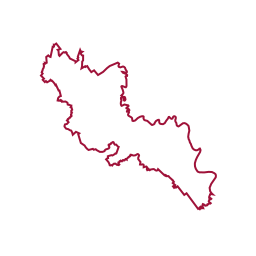 outline of Texistepec, Veracruz, Mexico, rotated 317°
{"feature_id": "50627088B36629639951607", "entity_name": "Texistepec", "entity_type": "district", "adm_level": 2, "iso_a3": "MEX", "parent_name": "Mexico", "parent_adm1": "Veracruz", "projection": "natural_earth1", "projection_center": [-94.8, 17.777], "detail": "fine", "context": "isolated", "style": "outline", "palette": "rose", "viewbox_px": 256, "rotation_deg": 317, "n_neighbors": 0, "source": "geoboundaries", "source_scale": "gbopen_adm2", "svg_char_len": 5888}
<svg xmlns="http://www.w3.org/2000/svg" viewBox="0 0 256 256"><g transform="rotate(317 128 128)"><path d="M171.4,162.0L166.4,161.4L165.9,161.2L165.5,160.2L165.5,159.3L166.8,157.2L167.1,155.6L168.0,154.4L169.2,153.8L170.3,152.7L170.2,151.4L169.7,150.8L168.8,150.6L167.0,151.4L166.2,151.1L165.7,150.0L165.7,148.0L165.3,147.7L163.3,148.4L161.1,148.7L158.2,149.5L156.3,149.1L155.3,148.1L154.5,147.0L154.4,146.1L154.8,145.0L156.0,143.7L156.1,143.0L155.2,142.4L153.2,142.0L151.2,142.4L150.4,142.9L149.3,142.9L147.8,142.3L147.5,141.9L147.0,136.0L145.6,133.8L145.4,132.9L145.9,131.5L147.1,130.5L147.2,130.2L147.0,129.6L146.0,128.8L144.4,128.0L141.9,127.4L138.6,127.4L137.9,127.2L136.5,126.4L136.2,125.7L137.7,123.5L137.7,122.4L136.8,119.5L136.8,118.9L137.4,118.0L139.5,117.2L139.8,116.7L139.7,116.3L138.4,115.4L138.5,115.1L138.8,114.9L139.4,114.9L140.5,115.8L141.2,115.8L141.4,114.7L141.3,114.2L140.3,112.8L140.3,112.4L140.6,112.2L143.1,112.4L143.5,112.1L143.6,111.6L141.4,108.4L138.5,107.5L138.4,107.1L138.6,106.5L139.2,105.4L140.6,104.1L141.9,103.5L142.7,101.9L143.6,101.1L144.8,101.5L145.0,102.1L145.0,102.9L144.1,104.5L143.9,105.2L144.2,105.7L144.9,105.7L145.6,105.4L146.5,104.0L146.7,103.0L145.3,101.4L145.5,100.5L145.3,99.7L147.6,99.6L148.5,99.3L149.0,98.7L150.3,96.2L151.0,94.0L151.5,93.1L152.0,93.1L152.5,93.5L153.8,96.3L154.2,96.7L155.0,96.6L155.8,96.0L159.9,91.5L161.3,88.7L162.4,88.6L162.9,89.2L163.5,88.7L163.4,87.0L162.0,84.1L162.1,83.0L162.4,83.3L163.8,85.7L164.9,86.4L165.4,86.3L165.8,85.7L166.1,83.7L166.9,81.9L166.8,80.6L166.3,79.6L163.7,78.4L163.0,77.0L163.3,76.1L165.4,74.9L165.1,73.2L156.9,70.2L153.5,69.9L148.1,70.0L142.2,68.8L142.5,62.7L139.3,62.1L139.6,58.8L140.4,54.9L138.5,54.3L138.7,53.6L134.7,52.7L136.5,51.5L139.8,48.2L141.3,47.9L144.6,44.4L143.9,43.5L144.2,40.8L146.6,41.1L145.7,39.7L146.2,38.3L139.8,41.7L139.6,42.7L138.3,42.8L138.1,44.5L134.5,44.2L135.2,43.5L132.9,37.5L133.4,36.0L133.7,32.6L134.0,31.3L134.4,31.2L134.4,30.1L133.1,29.6L132.7,28.7L131.7,28.4L127.1,28.6L127.2,27.5L129.9,24.0L129.9,22.9L132.5,24.1L133.1,17.3L130.7,17.0L130.5,16.6L129.5,17.8L129.0,17.5L129.0,17.9L128.8,17.9L128.1,17.4L119.8,23.2L119.3,22.3L119.2,20.5L116.6,20.3L113.1,24.8L112.3,24.5L111.9,23.9L111.7,24.6L111.4,24.6L110.1,23.6L109.5,24.2L108.8,25.5L107.9,25.9L107.5,26.4L105.7,26.9L104.4,27.9L103.7,27.9L103.4,28.3L102.8,28.5L102.7,30.0L100.1,30.3L100.2,34.6L98.5,34.6L98.5,37.7L100.0,37.7L100.0,39.4L102.9,40.1L104.1,39.9L104.1,41.1L104.6,41.2L104.7,42.7L104.6,45.1L104.1,47.2L104.8,47.2L102.8,53.3L103.4,53.8L100.7,58.8L99.5,58.3L97.9,58.3L97.1,58.6L95.3,59.9L95.9,60.7L96.4,60.4L97.0,61.9L97.9,61.7L98.2,62.8L97.6,63.7L100.4,66.1L100.9,67.9L100.9,68.4L99.9,69.7L100.3,70.5L100.8,70.9L101.1,71.4L101.1,71.9L101.8,72.9L101.4,73.1L101.3,73.5L100.2,73.8L100.6,74.6L99.6,76.6L98.5,76.6L98.0,76.9L97.7,77.8L97.2,78.0L97.3,78.6L96.8,78.7L96.2,79.1L95.6,79.1L95.1,79.7L95.2,80.3L94.7,80.8L93.9,80.6L92.9,80.9L92.7,80.5L91.1,80.6L90.1,80.4L89.8,80.5L89.8,81.0L88.5,80.9L88.5,83.2L86.1,83.4L84.3,82.4L82.8,83.3L82.5,83.8L82.3,86.3L83.5,88.1L84.0,90.0L84.7,91.2L84.1,93.2L83.0,95.3L87.3,95.3L88.7,98.7L87.3,98.7L83.3,106.8L84.3,111.2L83.9,113.4L83.9,115.7L84.2,117.2L88.1,119.3L88.1,120.5L89.9,121.5L90.0,122.8L91.1,126.2L93.1,128.1L95.0,128.9L95.8,128.5L97.0,128.5L99.9,129.8L101.0,129.6L101.8,128.3L101.9,127.6L102.2,127.3L102.6,127.8L103.2,127.2L104.2,127.8L105.0,127.6L105.1,127.9L107.0,127.8L107.5,128.1L107.7,128.7L107.1,130.2L107.0,131.2L108.0,132.0L108.0,135.2L108.2,135.5L102.2,138.6L101.9,138.6L101.4,138.0L100.7,138.1L97.9,137.5L97.4,136.6L94.3,135.0L94.0,134.9L92.9,136.4L92.6,136.1L90.6,136.0L90.5,139.4L89.9,141.6L89.3,142.5L89.4,143.2L90.6,143.8L90.9,144.7L92.1,144.4L93.6,144.6L93.9,145.2L94.6,145.6L94.7,147.2L95.9,148.8L96.2,148.8L96.0,148.2L96.8,148.4L96.9,147.1L97.6,146.6L98.5,147.1L99.3,146.6L99.8,147.0L100.4,146.9L100.8,148.2L102.4,148.0L102.7,148.3L102.7,148.7L103.2,148.8L103.4,149.3L105.0,149.1L105.3,149.8L105.5,149.3L106.2,149.8L107.6,149.6L108.4,149.9L108.8,149.6L109.6,149.9L110.1,149.7L110.3,149.9L110.8,149.6L111.0,150.0L111.6,150.0L111.9,149.6L112.4,150.2L112.9,151.4L113.5,152.1L114.8,153.0L117.1,153.5L117.6,154.2L117.6,155.1L117.3,155.7L115.2,156.7L114.3,157.7L113.9,161.4L111.9,162.9L112.7,163.8L113.9,164.5L114.3,165.3L114.2,165.8L112.7,167.4L115.1,168.6L115.2,169.0L115.1,169.8L113.6,171.0L113.3,172.0L114.1,172.4L115.0,171.3L115.2,171.6L115.0,173.3L115.1,173.7L116.2,173.8L118.5,175.3L119.0,176.0L119.3,177.7L119.7,178.5L120.8,179.1L121.9,178.6L122.4,187.4L122.8,187.4L122.9,188.4L123.5,188.3L123.6,189.3L123.4,189.6L124.8,190.8L124.7,192.4L125.1,196.7L124.9,196.7L124.8,198.7L123.2,198.8L123.6,201.8L121.1,201.4L120.9,203.2L122.6,203.4L122.5,204.3L124.5,204.5L123.5,215.3L126.3,215.7L124.1,234.9L124.8,235.0L125.1,236.4L125.8,236.3L125.7,236.0L126.4,235.0L127.4,235.1L127.2,236.5L126.9,236.4L126.8,236.7L127.3,237.2L128.0,237.2L128.4,237.9L128.8,237.2L128.5,236.3L128.9,235.7L130.3,235.5L130.5,234.8L130.9,234.7L131.4,235.8L131.3,237.0L131.8,237.8L132.2,237.7L133.1,238.5L133.7,238.5L134.2,238.0L135.0,238.5L135.9,238.5L136.6,239.4L137.2,239.4L137.2,239.0L136.8,237.7L136.9,237.0L137.1,236.6L138.3,236.2L138.8,235.7L139.9,236.6L140.6,236.6L140.5,235.5L139.7,234.7L140.0,234.1L140.9,233.4L141.9,233.1L142.7,232.5L143.5,232.4L143.7,233.0L144.7,234.3L144.6,233.0L144.9,230.4L146.9,227.4L150.8,225.6L158.5,223.9L159.6,223.0L160.2,222.2L160.5,221.4L160.3,219.9L159.4,217.5L157.1,215.1L153.5,212.5L150.0,209.1L149.2,207.4L149.4,206.0L149.8,204.0L150.8,201.8L152.2,200.1L153.0,199.3L155.9,197.6L158.8,196.4L164.4,194.7L166.0,193.6L166.6,192.1L166.2,191.8L165.0,191.9L163.2,191.3L162.3,190.4L161.6,188.9L161.4,187.1L162.3,184.2L163.1,182.5L163.4,180.8L164.3,179.2L164.9,177.2L165.5,176.5L165.9,175.6L168.3,173.6L171.0,171.8L173.0,168.9L173.7,167.6L173.6,165.6L173.3,164.2L172.7,163.0L171.4,162.0Z" fill="none" stroke="#9f1239" stroke-width="2"/></g></svg>